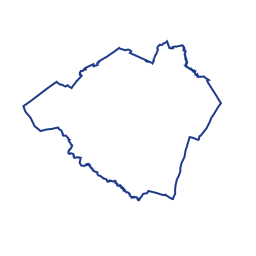 Potcoava, Olt, Romania (orthographic projection), rotated 346°
{"feature_id": "2599482B96526679969139", "entity_name": "Potcoava", "entity_type": "district", "adm_level": 2, "iso_a3": "ROU", "parent_name": "Romania", "parent_adm1": "Olt", "projection": "orthographic", "projection_center": [24.625, 44.467], "detail": "fine", "context": "isolated", "style": "outline", "palette": "blue", "viewbox_px": 256, "rotation_deg": 346, "n_neighbors": 0, "source": "geoboundaries", "source_scale": "gbopen_adm2", "svg_char_len": 5734}
<svg xmlns="http://www.w3.org/2000/svg" viewBox="0 0 256 256"><g transform="rotate(346 128 128)"><path d="M154.5,207.8L154.7,207.2L155.8,205.6L157.8,203.3L159.1,198.1L159.8,196.6L160.6,194.3L161.8,192.2L162.6,190.3L165.7,186.6L167.9,183.4L168.6,182.0L168.7,180.6L168.9,180.0L170.3,177.1L171.4,175.1L175.7,169.8L176.4,168.5L178.2,164.1L180.9,159.8L185.5,151.8L185.9,151.8L188.0,152.9L193.4,156.6L193.7,156.4L194.3,155.5L194.8,154.3L195.4,153.3L195.7,153.1L196.6,153.1L197.0,152.8L204.2,147.2L208.7,142.0L211.1,138.5L215.2,134.8L220.5,129.5L224.2,126.4L222.2,120.4L221.9,118.9L221.3,117.4L216.4,102.7L216.3,101.3L217.1,101.3L217.5,100.9L217.9,100.9L215.0,97.9L214.4,96.5L212.0,96.1L210.2,95.6L209.1,95.6L208.2,95.2L208.5,94.9L208.6,94.4L208.4,94.2L207.7,94.1L207.6,93.8L208.3,93.6L208.3,93.3L207.5,93.2L207.4,93.1L207.6,92.7L206.7,93.0L206.4,92.7L206.7,92.1L206.2,91.1L206.2,90.5L206.7,89.6L206.3,89.7L206.2,89.4L206.4,89.0L206.1,88.2L205.7,88.3L205.4,89.3L204.8,89.1L204.6,88.5L205.1,88.6L205.1,88.4L204.7,88.0L204.7,87.8L204.8,87.7L204.5,87.1L203.5,86.7L203.5,86.3L203.8,86.2L203.3,85.4L202.4,85.7L202.1,85.2L201.5,84.9L201.1,83.9L200.3,83.6L200.0,82.8L198.9,82.3L199.0,81.6L198.7,81.1L199.1,81.1L199.4,80.7L199.8,80.8L199.8,80.6L199.7,79.8L199.8,79.5L200.3,79.2L200.9,79.4L201.1,79.2L200.7,78.0L201.3,77.8L201.1,77.0L201.2,75.8L200.5,75.8L200.4,75.5L200.6,75.0L200.5,74.4L201.1,74.1L201.2,73.8L200.9,73.6L200.9,73.2L201.0,72.9L200.9,72.7L201.0,72.4L200.8,72.2L200.7,71.8L200.7,71.5L201.1,71.1L200.8,69.8L200.9,69.5L201.5,69.0L201.8,68.9L202.0,68.0L202.4,67.7L202.3,66.7L202.1,66.5L201.7,66.3L201.3,66.5L200.6,66.2L200.9,65.5L201.4,65.4L201.3,64.8L201.7,64.6L201.4,64.2L202.0,63.8L201.8,62.7L201.6,62.4L201.1,62.3L201.1,61.2L200.6,60.8L200.0,60.8L197.9,60.9L195.9,60.7L194.9,60.9L193.9,60.4L193.1,60.4L191.3,60.2L190.9,60.2L191.0,61.4L189.1,61.3L188.1,60.7L188.0,60.2L187.5,60.2L187.1,56.3L187.1,55.1L186.8,53.3L185.6,54.1L184.5,54.6L183.1,54.4L181.2,55.7L179.7,55.2L179.2,54.8L178.3,55.4L176.6,56.2L176.3,56.5L175.7,57.8L176.1,58.8L176.0,59.2L173.8,62.3L172.5,63.9L172.1,64.0L171.4,65.1L169.2,68.2L169.1,68.3L169.4,68.7L169.0,69.5L167.5,71.1L167.4,70.8L163.5,68.3L162.5,68.3L162.0,67.7L163.3,67.7L148.0,55.6L149.7,54.2L148.1,52.5L146.9,51.8L144.4,52.0L139.4,49.0L139.0,48.7L138.8,48.2L132.1,51.0L129.1,52.0L125.4,53.5L115.5,56.4L115.6,57.3L113.8,57.7L113.8,59.5L109.7,59.8L109.9,58.8L109.6,58.8L109.8,57.7L101.0,59.4L100.9,60.0L101.4,60.8L101.3,61.0L100.9,61.2L100.4,61.1L99.8,60.5L99.3,60.4L99.0,60.7L98.9,61.1L98.5,61.5L97.8,61.6L96.8,61.5L96.3,61.2L96.0,61.3L95.8,61.8L95.2,62.1L94.6,62.8L94.6,63.3L94.7,63.5L94.1,64.4L94.3,65.0L95.1,65.1L95.7,66.1L90.2,69.7L89.3,70.1L88.5,70.9L88.1,71.2L87.6,71.9L85.6,73.1L82.9,75.6L82.5,75.0L81.1,73.9L79.9,71.9L79.5,71.9L77.7,72.7L76.3,71.9L75.2,70.7L74.1,69.8L73.0,69.7L70.6,67.2L69.9,65.9L60.4,69.6L40.1,78.3L31.8,81.5L32.2,85.7L32.4,87.2L32.9,88.4L36.0,94.6L36.2,95.8L37.3,101.0L37.6,103.2L38.2,103.9L38.5,104.6L40.8,107.5L42.3,109.8L48.2,109.7L54.3,110.5L58.0,110.5L60.5,110.7L60.5,111.5L60.8,112.4L62.5,114.2L63.0,115.1L62.9,116.4L63.4,117.6L63.4,118.1L63.0,119.0L63.1,119.4L63.8,120.0L65.8,120.2L66.6,121.9L67.6,123.1L67.6,123.6L67.4,124.5L67.5,124.7L68.4,125.3L67.7,125.7L67.5,126.1L67.6,127.1L68.3,127.9L68.5,129.1L68.7,129.7L68.6,129.9L68.6,130.1L69.7,131.3L69.6,131.7L68.7,132.5L68.3,133.4L67.6,133.7L67.1,134.5L66.7,134.5L66.3,134.9L65.8,134.8L65.5,135.2L65.3,135.8L64.8,135.9L64.6,136.3L64.5,136.8L64.3,137.1L64.1,138.3L64.9,138.9L65.6,139.0L65.9,138.7L66.8,138.8L67.6,139.5L68.1,139.6L68.2,140.1L68.6,140.3L68.5,140.8L68.9,141.4L68.7,142.1L68.4,142.3L68.3,142.9L68.4,143.7L68.7,143.9L69.2,144.2L70.6,143.9L71.6,144.1L72.4,144.6L72.9,144.5L73.4,144.6L73.7,145.2L74.5,145.4L74.2,145.6L74.4,146.5L74.3,146.9L72.6,150.1L73.3,152.0L73.5,152.9L74.2,153.5L75.7,153.8L76.6,154.3L77.8,153.8L78.7,153.8L78.8,153.4L79.2,153.6L79.6,153.0L80.0,153.1L79.9,153.4L80.2,153.7L80.3,154.0L80.9,153.8L81.0,154.1L81.3,153.7L81.5,153.7L81.4,154.6L82.2,155.1L81.9,155.8L81.9,156.6L82.4,157.2L82.4,157.5L82.9,157.6L82.8,158.2L83.1,158.6L83.5,158.7L83.7,159.1L83.4,159.6L84.1,160.5L84.0,160.9L84.3,161.0L84.2,161.3L85.9,162.7L86.4,163.0L86.7,162.9L86.9,163.1L87.2,163.8L87.5,163.9L87.2,164.4L87.2,165.1L87.3,165.7L87.5,166.5L88.5,167.3L89.7,167.8L90.4,169.0L91.1,169.5L91.7,170.8L92.0,171.2L92.9,171.4L94.7,172.6L94.8,172.9L94.8,174.1L95.5,174.6L95.4,175.2L95.6,175.2L96.1,174.8L96.5,175.2L97.4,174.7L97.4,175.1L97.7,175.3L99.0,175.2L99.8,175.8L101.8,176.8L102.0,176.8L101.8,176.2L102.1,175.9L102.4,176.0L102.6,176.4L103.1,176.6L102.9,177.5L103.1,177.9L102.7,178.4L103.4,179.0L103.5,179.7L104.0,179.6L104.2,179.8L103.9,180.3L103.9,181.3L104.6,181.8L105.6,182.0L105.9,181.5L106.6,181.6L106.7,182.1L107.5,183.2L107.0,183.5L107.4,183.9L107.5,184.2L107.7,184.4L107.4,184.7L107.8,184.9L108.3,184.7L108.8,185.0L108.8,185.4L108.6,185.7L108.9,185.9L108.5,186.2L108.4,186.4L108.8,186.7L108.9,187.1L108.8,187.4L109.4,187.4L109.4,188.0L110.0,188.1L109.9,188.4L110.1,188.9L110.9,189.5L111.0,189.7L110.9,190.0L112.2,190.4L112.7,190.9L113.0,191.2L112.9,191.6L113.0,191.8L113.7,192.3L113.4,193.0L113.5,193.8L113.9,194.4L113.8,194.8L114.0,194.9L114.1,195.2L115.3,195.9L115.1,196.4L115.9,196.2L116.0,196.5L116.5,196.4L116.7,196.9L116.9,197.0L117.1,196.8L117.3,196.3L117.5,196.3L118.0,196.7L119.6,197.3L120.2,198.4L120.2,198.7L120.6,198.9L120.1,199.2L120.3,199.5L120.8,199.4L120.7,199.9L120.4,200.3L120.5,200.6L121.7,200.4L121.8,200.0L124.1,198.0L124.7,197.7L126.6,195.7L127.3,195.5L130.5,195.9L131.5,195.2L132.2,194.2L132.7,194.1L139.7,197.8L145.9,201.6L147.3,201.9L148.0,201.8L148.1,202.0L148.4,201.9L148.7,202.7L149.6,203.4L151.8,205.9L154.1,207.8L154.5,207.8Z" fill="none" stroke="#1e3a8a" stroke-width="2"/></g></svg>